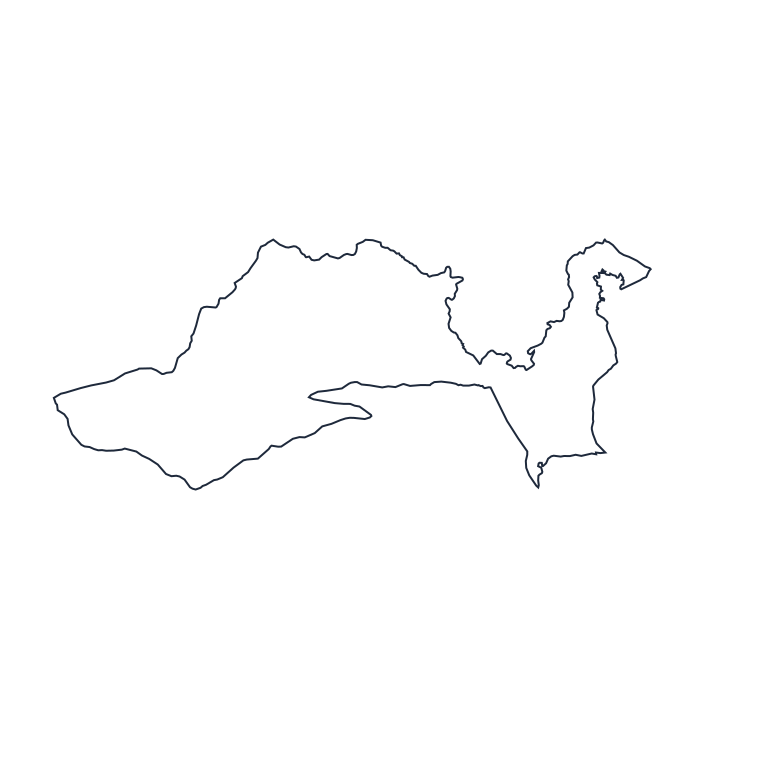 Cristian, Sibiu, Romania (Mercator projection), rotated 55°
{"feature_id": "2599482B40816245945082", "entity_name": "Cristian", "entity_type": "district", "adm_level": 2, "iso_a3": "ROU", "parent_name": "Romania", "parent_adm1": "Sibiu", "projection": "mercator", "projection_center": [23.892, 45.655], "detail": "fine", "context": "isolated", "style": "outline", "palette": "slate", "viewbox_px": 768, "rotation_deg": 55, "n_neighbors": 0, "source": "geoboundaries", "source_scale": "gbopen_adm2", "svg_char_len": 6163}
<svg xmlns="http://www.w3.org/2000/svg" viewBox="0 0 768 768"><g transform="rotate(55 384 384)"><path d="M567.1,242.0L554.6,244.0L545.0,241.6L540.4,239.8L538.8,238.7L534.7,234.0L532.7,233.1L527.5,229.1L524.2,227.4L517.5,220.5L506.1,214.3L505.4,213.4L503.3,205.9L502.3,194.5L501.4,192.0L501.6,189.4L500.3,185.5L500.4,182.1L499.8,180.3L493.8,178.0L492.6,177.3L491.9,176.3L487.5,174.0L467.6,170.0L463.8,168.0L462.4,166.0L461.4,165.5L456.2,166.2L449.6,169.2L445.3,167.6L445.0,166.4L445.4,165.9L445.2,165.3L444.7,165.0L443.4,165.7L440.2,162.1L440.1,160.9L440.5,159.6L439.3,158.3L441.8,155.9L440.9,155.0L439.7,155.0L437.2,157.7L435.7,156.5L433.7,156.0L432.9,154.1L432.9,151.8L431.1,152.3L428.6,150.4L425.5,152.7L423.9,152.0L423.0,150.8L419.3,151.4L416.9,151.1L416.6,149.7L417.2,148.2L417.9,147.9L419.5,148.6L420.3,146.6L419.0,145.4L416.3,144.2L418.9,140.7L416.5,141.2L415.5,139.4L416.7,139.1L418.3,140.1L418.3,138.7L418.9,138.2L419.5,139.6L422.0,139.1L424.2,136.7L423.3,135.4L425.7,134.3L428.2,132.2L430.6,132.3L431.2,130.9L429.4,128.0L429.3,127.1L434.2,127.3L435.2,129.4L436.0,128.2L436.6,128.2L439.7,130.8L439.1,132.5L440.1,134.9L441.5,135.7L442.5,135.3L445.9,114.7L446.0,111.3L446.8,107.9L443.5,102.1L442.9,99.7L441.5,99.9L437.4,102.8L428.1,106.1L420.3,110.4L415.9,113.6L411.2,115.7L401.5,116.8L396.7,118.5L394.7,120.2L392.4,120.3L392.6,121.3L394.0,123.5L394.0,124.7L390.5,128.0L389.8,129.2L390.6,132.9L390.2,136.0L390.0,137.6L388.5,140.6L391.6,145.6L390.9,146.6L388.4,147.9L388.3,148.5L388.9,151.3L387.6,153.8L387.5,156.2L389.0,163.1L391.0,164.7L391.7,166.2L395.7,169.6L399.3,170.2L400.4,169.9L402.6,171.1L403.9,173.2L405.7,173.7L408.4,176.2L417.1,177.2L421.2,179.8L423.7,185.7L426.8,188.2L427.3,191.0L426.9,194.4L429.1,195.4L432.2,198.1L434.0,200.8L434.1,202.6L433.4,204.1L431.3,206.4L430.8,209.2L428.2,211.7L427.8,215.2L428.9,215.7L430.7,214.5L432.9,214.5L433.4,216.2L432.7,218.5L433.1,220.2L437.7,224.2L438.1,226.0L441.0,230.5L441.2,232.0L440.7,236.0L438.8,243.3L439.6,247.4L441.5,248.3L443.5,247.2L443.7,245.6L442.9,242.1L444.0,242.7L447.9,249.3L449.1,249.7L453.5,249.5L454.3,250.4L454.5,252.5L454.3,259.2L453.6,259.7L450.1,259.1L449.3,259.6L447.7,262.1L445.9,263.9L445.7,266.1L446.0,267.3L445.3,268.7L442.2,268.9L438.5,271.5L437.7,271.7L436.7,270.7L436.4,269.7L436.6,266.4L435.5,265.1L432.9,264.6L429.3,265.9L428.9,266.5L429.2,268.7L428.7,269.7L426.4,271.3L424.2,274.4L419.1,275.7L418.1,277.1L417.9,280.5L419.3,284.4L419.9,289.5L422.7,293.1L422.5,294.1L411.8,294.5L404.8,298.4L402.4,297.7L399.6,298.4L399.1,297.2L397.2,297.4L396.6,296.2L395.2,297.0L393.3,296.2L389.0,296.8L386.2,295.9L383.0,296.1L381.8,297.3L379.1,298.4L375.4,298.5L371.7,296.6L367.6,291.2L363.4,290.7L362.1,288.5L360.5,287.2L354.6,287.2L351.2,285.9L350.0,283.8L349.9,282.8L350.6,281.6L353.7,280.4L354.1,279.7L353.9,277.7L352.7,275.5L350.7,274.3L349.0,270.3L348.0,269.3L343.9,267.9L343.5,267.2L344.2,260.4L343.4,259.2L341.9,258.9L340.1,260.5L339.0,261.7L336.2,266.9L334.7,267.9L333.7,267.7L330.0,264.8L327.6,263.6L325.2,263.6L324.3,265.0L324.4,266.4L326.5,269.1L327.1,270.6L325.8,273.8L325.4,277.4L323.0,282.1L322.2,285.2L320.9,285.8L318.6,285.7L316.4,288.3L314.3,289.6L310.1,290.3L305.4,290.2L304.5,291.4L301.7,291.9L299.7,293.4L298.3,293.5L293.9,295.7L291.4,295.3L290.5,296.5L289.6,296.1L287.5,297.1L285.6,296.8L284.4,298.9L281.3,299.4L280.0,300.0L278.2,301.9L274.5,302.9L273.1,304.9L270.5,306.8L269.0,307.0L266.2,305.7L259.8,310.7L255.3,316.4L255.4,319.9L254.2,325.0L254.3,326.5L257.0,328.2L259.5,330.8L260.8,333.3L260.7,335.1L259.7,336.7L256.5,339.3L255.9,340.4L255.3,342.8L255.3,348.1L254.7,349.7L248.0,355.2L245.1,355.6L244.5,356.6L244.3,362.4L244.9,365.8L242.7,370.3L240.7,372.1L236.7,372.2L235.5,375.1L235.1,375.3L232.5,375.1L230.7,376.2L228.6,376.5L224.9,375.8L220.9,377.3L219.4,378.9L217.4,384.0L215.6,386.0L209.9,389.5L202.2,391.9L201.6,398.2L202.0,401.4L200.9,406.0L204.1,411.9L208.3,415.4L209.6,418.3L212.6,427.0L214.4,431.2L214.6,437.9L215.8,439.7L215.6,448.4L219.3,449.4L220.3,450.4L221.0,451.7L221.9,455.5L222.6,465.0L219.8,469.0L220.5,470.8L223.3,473.5L224.9,477.0L224.8,478.0L219.1,484.8L217.7,487.5L217.4,490.5L220.7,495.4L228.4,504.4L233.4,511.1L234.4,514.5L238.3,516.7L239.5,519.4L242.3,522.1L243.3,524.3L243.3,526.8L243.9,529.4L243.7,533.0L244.5,538.1L250.9,546.0L252.4,549.1L252.6,551.1L250.1,555.7L249.4,558.7L248.5,560.1L242.3,562.6L237.7,565.6L230.9,575.8L230.8,577.6L226.8,590.1L226.1,603.0L223.4,610.8L217.2,624.7L213.3,635.0L208.4,649.8L206.6,654.3L206.0,662.4L211.6,664.0L213.4,663.7L218.3,666.3L225.4,663.3L231.1,663.2L236.9,666.2L246.5,668.3L260.2,666.8L263.4,665.1L266.8,661.3L271.0,658.8L274.4,656.1L276.4,652.9L279.3,649.9L283.5,643.6L287.4,636.4L288.2,633.4L297.3,625.6L303.8,623.3L310.7,619.3L320.2,615.5L332.7,614.2L337.6,611.0L340.0,606.8L342.5,604.5L347.9,602.2L357.3,602.1L359.9,600.9L362.4,598.8L363.8,593.8L363.5,591.1L364.5,587.5L365.2,578.5L366.6,575.4L367.9,569.5L366.2,555.2L365.9,543.0L367.2,539.7L372.8,530.1L371.2,515.7L370.1,512.9L370.0,511.5L374.7,506.6L376.3,504.1L376.6,490.1L379.0,483.7L382.3,479.5L384.5,468.9L383.3,458.9L386.5,449.9L388.6,440.4L390.2,435.2L392.0,431.5L394.4,428.2L401.7,419.8L403.3,414.8L403.0,412.7L401.8,412.4L388.4,417.0L384.9,420.5L381.0,423.0L377.0,428.6L371.4,435.3L356.1,450.5L351.8,453.1L351.1,450.0L352.4,442.6L356.5,435.2L363.5,421.0L363.6,412.7L364.0,410.4L365.7,406.7L367.0,404.9L371.5,402.7L376.8,396.5L385.8,387.4L388.3,381.9L393.1,376.4L394.8,369.0L395.4,367.8L400.5,363.8L406.0,354.4L411.3,347.0L411.0,345.4L411.3,341.7L414.9,335.7L421.2,328.6L425.1,325.0L427.7,323.7L428.5,321.7L430.8,320.0L434.0,315.4L436.3,310.2L439.1,307.8L439.2,307.1L441.1,306.1L442.1,304.4L443.9,304.5L445.2,303.8L446.8,300.0L448.0,298.7L484.9,304.4L505.6,305.3L521.4,305.3L524.2,307.3L528.4,312.0L534.3,315.6L542.1,317.4L554.5,317.6L557.2,317.0L555.6,315.2L551.4,313.0L547.7,310.1L547.4,308.5L547.6,305.9L546.8,304.7L542.8,303.2L539.7,304.9L537.8,302.9L537.7,301.8L539.1,300.0L541.9,301.4L542.4,300.8L541.9,296.7L539.3,292.4L539.2,288.4L540.1,286.1L544.8,280.9L546.2,277.9L549.7,273.0L551.9,267.6L556.1,263.6L560.1,253.7L563.3,250.5L561.7,249.7L564.7,246.4L567.1,242.0Z" fill="none" stroke="#1e293b" stroke-width="2"/></g></svg>